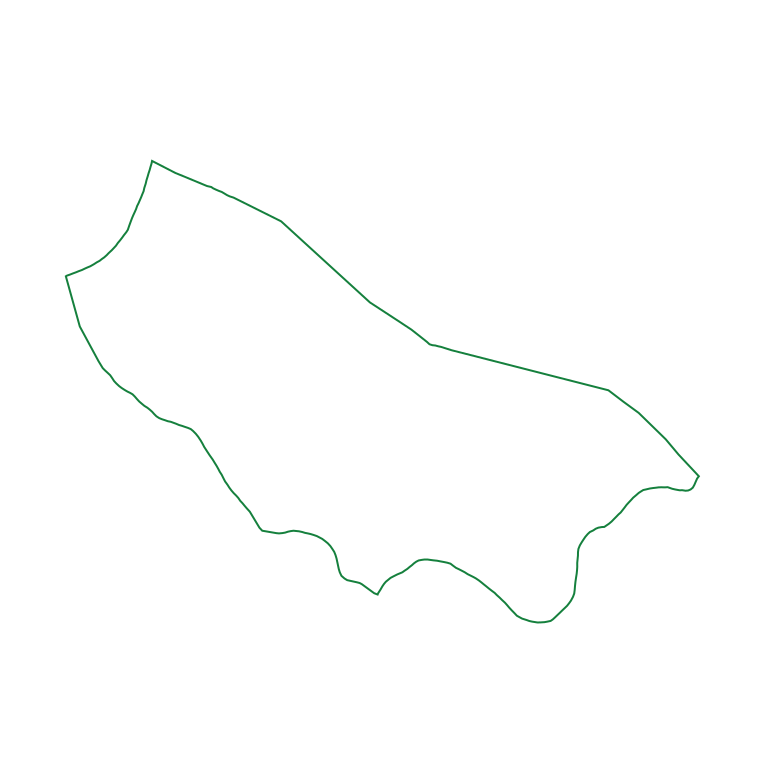 the district of Al Hasayn, Al Dali', Yemen, rotated 348°
{"feature_id": "15242507B64520709980870", "entity_name": "Al Hasayn", "entity_type": "district", "adm_level": 2, "iso_a3": "YEM", "parent_name": "Yemen", "parent_adm1": "Al Dali'", "projection": "equal_earth", "projection_center": [44.813, 13.79], "detail": "fine", "context": "isolated", "style": "outline", "palette": "green", "viewbox_px": 768, "rotation_deg": 348, "n_neighbors": 0, "source": "geoboundaries", "source_scale": "gbopen_adm2", "svg_char_len": 3978}
<svg xmlns="http://www.w3.org/2000/svg" viewBox="0 0 768 768"><g transform="rotate(348 384 384)"><path d="M672.8,539.7L657.4,514.2L648.1,496.7L627.1,465.2L614.4,451.0L602.2,436.8L555.1,413.5L524.8,398.5L457.1,365.0L447.4,359.5L444.9,358.4L442.2,357.0L439.4,356.1L436.8,354.6L436.5,354.2L434.8,351.8L422.1,336.5L406.5,320.7L387.2,301.3L317.2,203.5L275.6,170.4L272.1,168.4L269.7,166.6L267.6,164.6L265.2,162.4L262.8,160.9L260.1,159.0L257.6,157.1L256.0,155.4L252.1,153.6L230.6,138.8L223.8,134.2L203.5,117.6L202.4,120.1L200.7,123.2L199.2,126.1L197.6,128.8L195.9,132.0L194.1,135.2L192.5,138.6L190.3,142.4L188.9,145.5L187.0,148.2L185.3,150.8L183.5,153.3L181.5,156.1L179.5,158.6L177.9,161.3L176.0,163.9L173.9,166.7L172.0,169.4L169.7,173.0L167.7,176.2L165.5,179.9L163.4,182.0L160.6,184.3L158.3,186.4L155.6,188.7L153.0,190.7L150.6,193.0L147.9,194.9L145.6,196.5L141.9,198.7L139.6,200.3L136.6,202.0L134.0,203.1L131.4,204.4L128.3,205.3L125.2,206.5L121.1,207.8L118.3,208.3L115.5,208.9L112.2,209.7L108.7,210.2L106.0,210.7L102.5,211.2L99.5,211.7L96.3,212.1L95.2,212.5L98.4,264.5L109.5,302.3L110.9,306.3L112.2,310.0L114.0,312.8L116.0,315.6L118.0,318.5L119.3,321.6L120.6,325.0L122.2,327.7L124.5,331.0L126.6,333.4L129.2,336.0L131.5,338.1L133.7,339.8L135.9,341.8L137.6,344.4L139.3,347.5L140.9,350.2L143.2,353.2L145.1,355.6L147.6,358.0L149.5,360.3L151.4,362.9L153.0,365.7L154.7,368.3L157.0,370.6L159.5,372.3L162.1,373.8L164.9,375.5L167.5,376.6L169.9,378.1L172.3,379.6L175.0,381.5L177.8,383.0L180.1,384.4L183.0,386.1L185.6,387.9L187.5,390.3L189.6,393.6L191.3,397.0L193.0,401.3L194.1,404.7L195.1,408.3L196.9,413.0L198.7,417.6L200.7,422.2L202.0,425.9L203.2,429.2L204.2,432.4L205.1,435.7L206.4,439.1L207.3,442.6L208.3,446.3L210.0,450.1L211.1,453.1L212.6,456.4L214.3,459.5L216.2,462.4L217.8,465.2L219.1,468.4L220.8,471.2L222.4,474.3L224.1,477.4L226.2,481.0L232.3,498.7L234.4,502.2L247.7,507.5L250.2,508.3L253.6,508.7L256.5,508.8L259.3,508.5L262.0,508.5L264.9,508.7L267.4,509.5L270.2,510.4L273.3,511.8L275.8,513.2L278.4,514.3L281.0,515.5L283.7,517.0L286.7,518.8L289.0,520.7L291.4,522.7L293.8,525.5L295.9,528.1L297.8,531.3L299.1,534.4L300.4,537.8L301.0,541.2L301.3,544.9L301.3,548.8L301.3,552.2L301.3,555.6L301.6,559.0L302.5,562.8L304.9,566.0L307.2,568.2L316.4,572.4L318.8,573.6L320.7,575.2L330.9,586.6L333.5,588.3L334.0,588.6L334.7,587.5L337.8,584.4L340.3,581.6L342.5,579.5L344.7,577.8L347.4,576.4L350.1,575.0L353.3,574.1L357.5,573.0L360.2,572.5L362.8,572.0L365.3,570.9L368.4,569.7L370.8,568.4L373.7,567.0L376.1,565.6L378.6,564.5L381.2,563.8L384.5,563.9L387.1,564.1L390.0,564.7L393.0,565.8L395.5,566.7L399.2,567.9L402.0,569.1L405.4,570.5L408.8,572.0L411.7,573.6L413.9,576.2L416.2,578.8L418.7,580.7L420.9,582.5L423.8,584.9L426.3,587.4L428.7,589.3L431.2,591.3L433.3,593.1L436.0,595.9L438.1,598.4L440.0,600.8L441.9,603.1L444.3,606.1L446.5,608.7L448.8,611.3L450.5,614.0L452.7,617.0L454.6,619.9L456.8,623.0L458.4,625.8L460.0,628.8L461.9,632.0L464.0,635.3L465.8,638.3L468.1,640.3L470.3,642.2L474.4,644.5L476.8,646.0L479.4,647.2L482.0,648.2L484.6,649.2L488.0,649.8L491.3,650.3L494.0,650.4L497.7,650.4L500.3,649.3L503.0,647.7L505.9,645.9L508.5,644.3L511.5,642.4L514.6,640.5L517.0,639.0L519.5,636.9L521.8,634.8L524.6,631.5L526.5,628.5L527.7,625.1L528.8,621.4L530.1,617.4L531.5,613.6L533.0,609.7L534.1,606.3L535.0,603.1L535.8,599.2L537.0,595.4L538.0,592.3L538.8,588.8L539.9,585.7L542.0,582.6L544.3,580.1L546.5,577.9L549.1,575.4L552.1,573.1L554.6,571.6L558.3,570.7L561.0,569.6L563.8,569.1L567.2,569.2L569.8,569.6L572.2,568.6L574.9,567.5L578.1,565.8L580.6,564.1L583.8,562.0L586.3,560.3L588.8,558.9L591.2,556.9L593.6,554.9L596.1,552.7L598.6,550.9L601.5,548.9L604.1,547.0L607.3,545.3L610.5,543.5L613.1,542.5L615.6,541.6L618.2,541.6L622.3,541.5L625.5,541.7L628.6,542.0L631.2,542.2L633.9,542.7L637.2,543.5L640.0,543.9L644.1,546.4L646.9,547.7L651.0,549.4L653.7,549.9L656.8,551.1L659.4,551.4L662.0,550.9L664.5,549.6L666.6,547.2L668.8,544.1L670.6,541.6L672.8,539.7Z" fill="none" stroke="#15803d" stroke-width="2"/></g></svg>